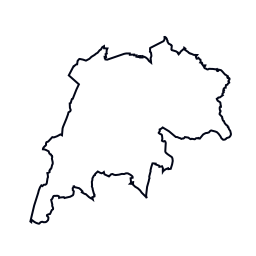 Tilapa, Puebla, Mexico, rotated 175°
{"feature_id": "50627088B76714936003523", "entity_name": "Tilapa", "entity_type": "district", "adm_level": 2, "iso_a3": "MEX", "parent_name": "Mexico", "parent_adm1": "Puebla", "projection": "natural_earth1", "projection_center": [-98.551, 18.619], "detail": "fine", "context": "isolated", "style": "outline", "palette": "ink", "viewbox_px": 256, "rotation_deg": 175, "n_neighbors": 0, "source": "geoboundaries", "source_scale": "gbopen_adm2", "svg_char_len": 5724}
<svg xmlns="http://www.w3.org/2000/svg" viewBox="0 0 256 256"><g transform="rotate(175 128 128)"><path d="M220.4,41.5L218.6,41.4L217.4,41.7L215.7,43.2L215.3,44.4L215.1,45.8L215.5,46.6L216.1,47.1L216.4,47.7L216.2,48.4L214.9,48.9L213.1,49.2L211.1,52.8L209.8,53.6L209.6,54.6L209.8,55.5L210.3,57.0L210.1,58.4L210.8,63.1L209.6,64.1L208.5,66.2L208.0,66.7L207.4,66.8L203.9,66.6L202.8,65.9L202.7,64.4L201.7,64.7L197.9,64.7L197.4,63.8L191.5,64.6L190.4,65.1L188.8,65.8L188.2,66.7L187.5,69.7L188.4,70.9L188.3,72.0L188.4,72.4L188.3,72.9L187.5,73.7L187.3,74.6L186.7,74.6L186.5,73.8L182.0,72.3L180.6,71.0L178.9,68.9L179.6,68.0L177.0,66.2L175.8,65.8L172.8,62.5L171.1,61.2L170.2,60.8L169.3,59.9L169.6,62.1L167.4,62.8L167.5,63.6L167.3,63.6L167.1,64.2L167.8,65.9L168.6,70.4L168.5,70.9L169.1,73.0L168.8,74.0L168.7,77.6L168.1,79.0L167.8,81.0L166.4,83.1L166.2,83.5L165.8,83.8L165.0,84.0L164.7,85.1L161.9,87.3L159.8,85.9L158.4,85.2L156.9,85.5L155.9,86.2L155.5,83.9L151.5,81.6L151.4,81.9L150.8,81.7L148.8,83.4L147.4,83.5L146.0,82.6L144.4,82.2L141.1,82.3L138.3,82.8L135.8,82.5L134.0,83.0L132.6,82.9L131.9,82.7L129.4,81.0L128.0,79.6L127.7,79.0L127.7,78.1L129.8,77.7L129.7,73.6L130.2,72.8L130.8,72.3L129.6,72.1L128.6,73.5L127.6,73.6L128.0,71.2L126.0,68.9L123.5,67.1L121.4,64.8L120.0,62.4L116.2,57.9L115.7,57.2L115.4,56.4L115.7,57.8L115.8,59.4L114.1,67.7L111.9,73.5L111.5,75.1L111.0,75.9L111.1,77.7L109.2,83.1L109.3,83.8L108.2,87.1L106.7,90.6L105.5,90.5L103.6,90.1L103.8,89.4L100.4,87.8L100.1,87.2L100.1,86.6L97.4,86.9L96.7,84.7L97.0,83.1L97.1,81.5L96.8,81.9L94.9,83.1L94.7,83.4L91.6,84.4L91.4,83.5L89.0,83.6L87.2,88.0L86.3,91.3L86.4,94.0L87.1,95.5L87.9,96.0L91.0,98.6L92.6,100.3L92.9,101.5L91.7,109.8L92.1,111.4L92.6,111.8L94.0,111.5L95.3,112.4L94.7,114.3L94.8,117.9L95.3,118.7L96.5,119.2L97.8,120.3L97.8,120.7L96.7,121.9L96.5,122.6L96.7,123.2L96.6,123.8L94.8,124.5L93.4,125.5L87.5,121.2L81.2,114.9L79.5,114.6L78.4,113.9L76.7,113.2L75.8,112.5L74.3,112.8L73.6,112.7L72.7,113.3L72.1,114.0L68.8,113.2L66.8,111.5L65.8,111.5L65.4,111.7L62.7,111.0L62.1,111.1L61.2,111.8L59.8,111.9L59.1,111.5L58.6,111.9L57.4,111.2L53.7,115.0L52.0,115.8L50.7,116.2L49.4,116.2L47.7,116.6L46.5,117.8L45.4,118.3L41.6,117.0L39.9,116.2L38.3,114.4L36.6,111.6L35.8,109.6L34.2,108.0L32.6,108.0L31.5,108.5L30.7,109.3L27.9,110.0L26.9,111.0L26.3,111.9L26.0,112.8L26.0,113.5L26.4,116.2L27.4,117.9L27.7,118.8L27.9,120.0L28.4,120.1L28.6,120.5L28.7,121.6L29.9,122.5L30.9,123.9L31.4,124.8L31.9,126.6L32.5,126.9L32.8,127.4L33.1,128.6L33.0,129.0L33.4,129.8L33.2,130.5L33.3,130.9L35.4,133.5L35.6,134.0L35.2,134.8L35.1,135.5L34.4,136.2L34.4,137.2L34.8,137.4L34.9,138.1L35.0,139.1L34.8,140.6L34.4,141.1L33.6,141.0L33.5,141.8L33.7,142.8L33.8,145.1L34.0,145.6L36.3,147.4L37.0,149.0L37.0,149.4L36.1,149.6L35.6,150.3L35.2,150.5L33.8,150.5L30.7,152.4L31.1,152.9L30.8,154.2L29.5,155.2L29.5,155.5L30.0,156.3L29.9,156.8L29.6,157.0L29.0,157.1L28.9,157.3L29.5,158.1L29.3,158.6L29.1,159.0L28.2,159.6L27.7,159.8L27.2,159.7L26.7,162.2L25.2,162.5L24.5,163.6L23.2,164.4L23.4,165.3L23.9,165.9L23.5,166.7L22.7,167.4L22.6,168.5L23.1,169.0L23.6,168.9L24.3,169.1L24.6,169.6L24.6,170.0L24.0,170.5L24.1,171.0L24.6,171.2L26.3,172.7L26.7,172.8L29.1,176.1L30.1,177.3L30.6,177.6L32.6,178.2L32.9,177.3L33.4,176.9L33.8,176.9L34.1,177.0L34.5,177.7L34.5,178.3L34.1,178.8L34.2,179.0L34.8,178.8L36.0,178.9L38.2,179.4L42.1,179.9L42.9,179.5L43.6,179.4L44.2,179.6L44.8,180.1L46.4,180.9L46.8,181.6L46.3,182.7L45.7,183.1L45.5,183.6L46.7,183.7L47.5,183.3L49.0,185.8L48.5,186.2L48.7,186.6L50.2,187.0L49.8,187.5L49.9,189.8L50.6,190.2L51.7,191.7L52.6,191.1L53.6,191.1L54.2,193.1L52.8,194.7L56.1,195.1L58.6,196.5L59.5,196.6L59.9,197.2L60.9,197.6L61.4,198.4L64.4,200.9L63.9,202.0L65.0,203.0L65.2,202.2L68.9,199.5L69.7,198.3L70.3,197.9L71.1,197.0L71.8,198.1L71.7,198.8L73.5,200.2L77.6,201.8L77.9,202.5L77.2,206.1L77.6,206.8L77.8,206.7L78.9,207.8L80.1,208.4L81.2,210.8L81.0,211.5L81.4,212.3L81.6,213.4L82.2,214.6L83.2,215.5L83.7,215.5L83.8,213.3L84.5,212.1L85.1,211.4L98.9,205.8L99.2,204.7L99.2,203.1L99.5,202.2L99.1,201.5L98.6,201.3L98.5,200.7L98.4,197.7L99.4,195.5L99.3,191.1L99.7,191.5L101.2,192.9L102.5,195.1L104.3,196.8L107.0,198.2L107.3,197.0L109.5,197.2L109.1,198.6L111.0,198.7L111.3,197.8L113.4,198.3L113.1,199.6L115.6,199.9L115.5,200.6L119.8,200.8L119.7,202.1L123.4,202.4L125.4,202.2L142.7,197.9L144.2,198.2L144.1,198.5L145.0,199.2L145.1,200.9L143.7,200.7L143.9,203.5L142.7,204.0L142.9,204.5L142.5,206.9L142.3,207.7L141.6,209.0L144.9,209.5L144.8,211.6L146.6,210.7L148.2,208.5L149.4,208.0L151.7,205.6L153.6,204.7L154.8,203.8L158.2,202.1L160.4,200.3L164.0,198.8L167.0,200.1L170.1,201.0L170.6,200.9L171.3,200.3L172.4,199.1L173.1,196.0L173.5,196.1L174.6,195.5L175.6,194.9L176.3,194.2L176.8,194.3L182.4,185.6L173.1,175.8L176.1,170.7L180.5,161.9L181.4,161.7L182.9,157.9L183.9,157.6L184.1,153.1L183.5,150.9L184.1,149.7L185.9,148.8L186.3,147.8L186.5,147.0L188.6,142.5L192.5,135.0L193.2,133.3L194.4,126.5L195.9,127.5L199.3,126.0L200.7,125.6L202.7,125.1L204.2,125.5L208.6,121.5L210.4,121.0L211.0,120.0L211.1,118.3L211.9,117.4L212.5,117.2L213.1,116.5L213.5,116.3L214.0,115.7L214.5,114.8L214.6,114.2L213.0,113.9L211.5,113.2L209.1,111.7L208.5,109.4L207.5,108.6L207.5,108.4L206.9,108.2L206.5,106.9L206.1,106.8L206.0,105.7L206.5,104.1L206.0,100.6L206.1,99.1L206.3,98.5L206.8,97.8L207.8,94.8L208.2,94.5L208.6,93.7L209.0,93.3L209.3,93.4L210.0,92.3L209.9,91.0L211.1,90.3L212.3,90.1L212.0,88.5L212.0,86.0L212.6,84.8L213.7,80.2L214.0,79.6L214.5,79.1L215.3,78.7L216.7,78.8L217.1,78.6L218.3,77.6L219.3,78.4L220.8,76.6L222.3,73.6L223.2,71.0L228.2,59.0L233.4,43.4L232.6,42.7L232.3,44.6L232.2,44.8L231.9,44.8L229.3,42.5L227.6,41.4L225.5,40.5L224.7,40.5L223.5,41.6L222.5,42.0L221.3,42.0L220.4,41.5Z" fill="none" stroke="#020617" stroke-width="2"/></g></svg>